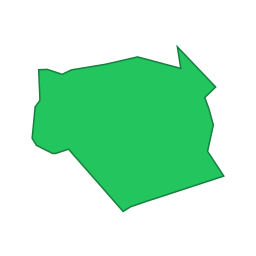 outline of Franklin, Kentucky, United States of America, rotated 75°
{"feature_id": "52423323B23030090649603", "entity_name": "Franklin", "entity_type": "district", "adm_level": 2, "iso_a3": "USA", "parent_name": "United States of America", "parent_adm1": "Kentucky", "projection": "mercator", "projection_center": [-84.902, 38.234], "detail": "fine", "context": "isolated", "style": "filled", "palette": "green", "viewbox_px": 256, "rotation_deg": 75, "n_neighbors": 0, "source": "geoboundaries", "source_scale": "gbopen_adm2", "svg_char_len": 450}
<svg xmlns="http://www.w3.org/2000/svg" viewBox="0 0 256 256"><g transform="rotate(75 128 128)"><path d="M62.4,59.3L84.1,61.6L61.8,100.4L60.6,133.5L57.2,167.6L59.1,177.8L50.5,190.8L48.6,199.2L78.5,205.9L83.5,212.2L113.2,223.3L121.1,220.9L133.1,207.4L133.9,204.6L133.1,190.9L207.4,154.3L204.7,145.6L203.7,130.1L199.2,47.9L171.1,57.2L147.2,44.8L130.1,44.9L118.5,46.0L111.1,32.7L62.4,59.3Z" fill="#22c55e" stroke="#15803d" stroke-width="1.5"/></g></svg>